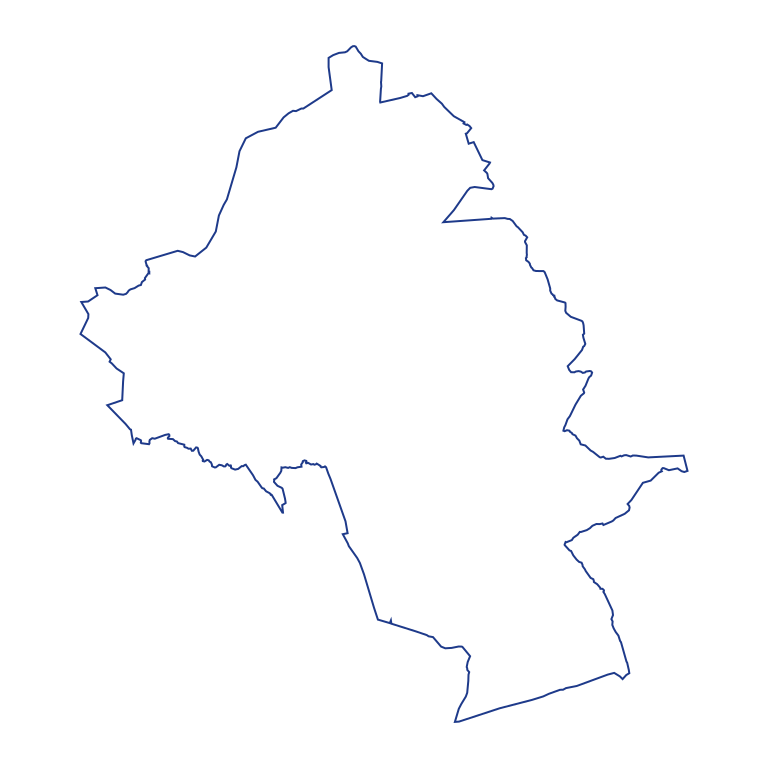 Time nor, Rogaland, Norway
{"feature_id": "86288312B70741506044896", "entity_name": "Time nor", "entity_type": "district", "adm_level": 2, "iso_a3": "NOR", "parent_name": "Norway", "parent_adm1": "Rogaland", "projection": "albers", "projection_center": [5.769, 58.707], "detail": "fine", "context": "isolated", "style": "outline", "palette": "blue", "viewbox_px": 768, "rotation_deg": 0, "n_neighbors": 0, "source": "geoboundaries", "source_scale": "gbopen_adm2", "svg_char_len": 6087}
<svg xmlns="http://www.w3.org/2000/svg" viewBox="0 0 768 768"><path d="M622.6,679.1L626.3,675.0L629.3,673.2L628.8,669.9L627.1,662.5L626.5,661.7L621.0,642.2L620.1,640.9L618.4,635.6L615.7,632.0L613.7,628.4L612.3,624.9L612.6,621.4L611.4,619.1L613.0,615.1L612.4,610.5L604.8,594.1L603.4,591.9L604.0,590.9L603.9,590.2L602.5,588.8L600.4,588.8L600.1,587.6L597.2,584.2L593.9,582.0L593.8,580.7L593.3,579.2L590.6,577.9L585.7,571.0L584.9,569.3L582.7,566.3L582.5,564.8L581.6,562.7L579.1,561.9L576.6,559.6L573.3,555.4L571.1,551.0L569.5,550.4L564.7,545.1L564.6,544.5L565.6,542.0L566.3,542.3L571.8,540.1L573.4,537.7L577.7,534.7L579.8,531.9L580.9,532.0L586.8,530.1L589.9,528.2L592.4,525.8L596.4,524.0L599.7,524.1L602.5,523.5L603.4,525.0L611.7,521.5L613.3,520.5L615.6,518.0L624.7,513.8L629.0,510.3L629.6,507.6L629.2,505.9L627.6,504.0L631.4,500.0L642.9,482.8L650.7,480.6L658.7,472.7L661.8,471.3L661.3,470.6L661.4,469.6L662.6,468.1L663.7,468.1L668.9,470.2L677.6,468.4L681.6,471.2L684.3,472.0L687.5,470.9L683.6,455.6L648.2,457.4L636.3,455.6L632.9,455.5L630.7,456.5L626.2,455.1L624.1,455.3L621.5,456.4L620.4,455.8L614.7,458.0L609.1,458.8L605.8,458.7L603.3,456.7L600.8,457.5L599.7,457.2L593.1,451.9L590.6,450.5L585.4,445.5L580.7,444.3L579.3,440.6L577.0,438.3L575.5,435.6L572.5,434.2L571.7,432.8L570.2,432.0L569.4,430.7L567.0,430.2L564.7,431.2L563.4,430.7L564.2,427.4L565.4,425.1L567.5,419.3L569.9,416.1L575.5,404.6L580.9,395.7L583.9,393.3L584.2,392.6L583.1,389.5L585.5,385.8L588.5,378.4L589.4,377.0L591.1,375.6L592.1,372.6L591.2,371.4L589.8,371.0L586.1,371.5L584.9,372.5L582.8,372.9L580.8,371.6L578.6,371.1L575.9,371.5L574.4,372.3L571.1,372.2L569.2,369.9L567.7,366.2L574.7,359.1L582.0,350.0L583.2,346.7L584.2,346.1L585.3,343.9L583.4,337.7L582.9,334.8L584.2,333.6L583.6,325.3L583.1,323.0L582.4,321.4L581.5,320.8L570.8,316.8L566.1,312.8L565.3,310.8L565.6,306.9L565.5,303.1L564.9,302.5L557.1,300.4L555.3,298.9L554.7,297.0L554.1,296.7L554.3,295.6L553.0,295.2L552.6,294.4L551.5,293.6L550.2,290.6L550.2,288.4L547.6,279.3L544.7,272.2L543.5,271.1L536.0,271.0L533.5,270.3L532.1,268.1L531.3,267.5L530.0,264.9L529.8,263.6L528.5,261.9L526.2,260.3L525.9,258.1L526.7,257.3L526.6,256.5L526.9,254.8L526.7,253.0L526.8,245.3L525.1,242.2L525.0,241.2L527.2,237.3L525.6,235.6L523.9,234.8L522.7,232.3L517.9,227.2L516.6,226.3L512.7,221.0L509.8,219.0L507.7,218.9L504.8,218.1L492.9,218.6L491.5,217.7L491.3,218.8L443.4,222.2L453.9,210.1L467.3,190.8L470.2,187.8L474.7,187.0L491.5,189.2L492.6,188.6L493.6,186.1L493.3,184.7L492.4,183.0L488.1,178.2L487.4,173.9L486.9,173.0L484.1,170.4L489.6,163.4L490.0,162.5L482.4,160.1L473.7,142.1L468.7,143.7L465.8,133.7L467.0,133.3L471.2,128.1L469.5,126.0L467.2,124.5L466.3,124.9L463.6,123.5L464.4,122.2L453.8,116.2L444.2,106.9L441.9,103.7L436.6,99.0L431.3,93.3L423.0,96.2L417.5,95.2L417.6,96.3L415.2,97.2L411.9,93.0L408.5,93.7L408.6,94.8L407.1,95.9L400.1,98.0L380.3,102.5L380.1,101.8L380.9,89.0L381.3,86.4L381.0,81.9L381.2,81.1L382.1,63.4L377.4,61.9L368.9,60.8L365.7,58.8L362.8,56.9L360.8,53.7L358.5,51.3L355.7,46.6L354.4,46.1L352.9,46.2L351.1,47.3L347.2,51.3L345.0,52.3L339.0,52.9L333.2,55.1L328.6,57.9L328.6,67.1L331.7,90.1L303.4,108.5L301.4,108.5L296.0,111.1L293.0,110.8L288.6,113.3L283.6,117.4L275.7,127.7L258.0,131.8L245.8,138.3L239.5,151.2L236.4,167.3L226.9,199.4L223.7,204.9L218.9,215.5L215.8,231.5L206.3,247.6L195.1,256.5L189.7,255.4L183.0,252.1L177.7,250.8L146.3,260.2L145.6,261.2L145.7,261.9L146.5,264.7L147.1,265.7L146.8,265.9L148.7,268.2L148.6,271.5L149.3,271.6L149.3,273.4L148.4,273.2L144.9,278.1L145.1,279.5L141.9,282.1L140.9,285.0L138.6,285.6L134.6,288.1L130.4,289.4L128.7,290.6L127.5,292.4L126.0,293.9L123.2,294.7L115.2,293.6L110.5,290.0L105.4,287.5L95.3,288.2L97.5,295.2L88.1,301.5L81.3,302.0L88.4,314.1L88.2,318.0L80.5,334.0L105.3,352.4L110.7,359.3L109.6,361.7L111.8,363.4L116.6,368.5L123.8,373.3L123.1,381.5L122.2,400.2L107.3,405.2L125.6,424.0L130.0,429.3L131.0,429.7L131.8,435.2L133.5,443.4L135.4,440.1L135.9,438.6L136.6,438.2L140.8,440.2L141.1,440.9L140.8,442.7L141.3,443.2L149.0,444.2L149.5,443.3L149.4,441.4L149.8,439.9L152.2,438.2L154.8,438.7L165.2,434.9L168.7,434.2L169.3,434.9L169.4,436.0L167.9,437.7L167.8,438.3L168.1,438.8L172.9,439.1L175.1,441.1L176.9,441.5L178.1,443.1L184.3,444.7L184.3,446.6L184.6,447.1L187.0,447.8L188.4,448.7L190.7,448.6L191.9,450.8L193.3,450.7L196.1,447.4L197.5,447.7L197.9,448.3L198.6,451.7L199.7,454.6L201.3,456.3L203.2,459.8L202.7,460.7L202.8,461.1L204.5,461.5L207.1,459.9L208.7,460.3L209.7,461.7L210.8,462.2L211.8,464.3L212.1,466.3L214.9,467.5L215.9,467.3L219.2,464.8L221.9,465.3L223.8,466.4L225.2,466.4L225.7,466.0L226.3,464.6L227.2,464.0L229.4,465.8L230.7,465.4L231.0,466.0L231.0,467.6L231.5,468.2L235.1,469.6L238.2,468.9L241.7,466.1L243.2,466.2L244.6,465.1L245.8,464.7L253.0,475.2L255.5,479.9L257.6,481.7L261.6,487.4L262.3,488.2L263.8,488.5L266.1,491.3L269.5,493.1L270.7,494.1L270.6,494.6L271.0,495.0L271.8,495.0L282.4,512.6L283.0,512.6L282.2,505.1L285.6,503.1L285.6,502.3L285.0,498.6L282.9,490.0L282.5,488.6L281.7,487.8L277.5,485.8L274.0,481.9L274.0,481.4L274.3,480.0L274.1,479.4L276.4,478.2L280.3,472.8L281.3,470.8L281.5,467.4L282.8,467.7L285.3,467.2L288.1,467.9L289.8,467.2L291.7,467.9L295.6,468.1L297.4,467.3L301.5,466.7L301.2,464.5L302.8,462.2L302.7,461.4L302.9,461.1L304.5,460.4L306.3,460.9L306.5,461.5L305.9,462.7L306.3,463.3L308.2,462.9L311.0,464.5L313.4,464.1L314.3,464.7L315.9,464.3L316.7,463.6L320.5,465.9L320.5,466.5L321.3,467.3L324.1,467.0L325.0,466.4L326.1,467.3L328.3,473.6L330.5,478.9L345.5,521.3L347.6,533.2L342.8,534.2L347.8,543.4L348.8,546.1L357.2,558.0L359.9,563.0L364.0,574.3L374.0,607.7L377.9,619.6L389.8,623.1L390.9,620.4L391.4,623.7L415.6,631.3L426.8,635.1L428.6,636.3L433.0,637.1L441.1,646.6L445.3,648.3L451.7,647.9L458.7,646.5L461.8,646.6L462.5,647.0L470.1,656.2L467.7,662.0L466.7,667.0L467.2,668.2L467.3,669.9L469.2,672.1L468.5,674.7L468.3,681.0L467.2,692.8L465.8,696.6L461.3,704.0L458.8,708.8L454.9,721.9L459.0,721.6L499.6,708.3L532.0,699.9L543.3,696.4L548.9,693.8L560.0,689.8L563.1,689.7L566.0,688.1L576.7,686.0L607.7,674.6L614.2,672.9L619.9,676.4L622.6,679.1Z" fill="none" stroke="#1e3a8a" stroke-width="2"/></svg>